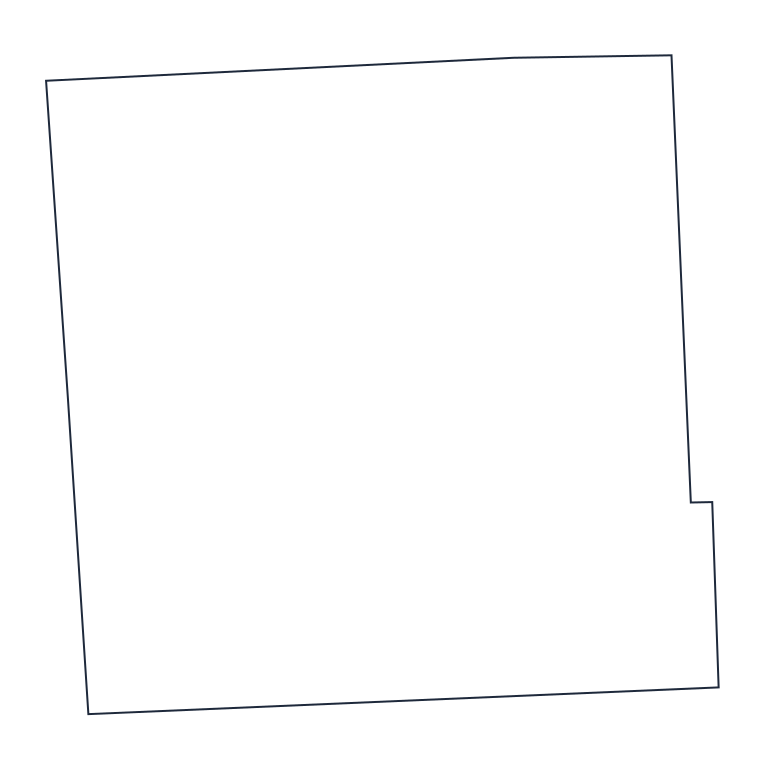 outline of Daviess, Missouri, United States of America, rotated 177°
{"feature_id": "52423323B47174682011417", "entity_name": "Daviess", "entity_type": "district", "adm_level": 2, "iso_a3": "USA", "parent_name": "United States of America", "parent_adm1": "Missouri", "projection": "orthographic", "projection_center": [-94.049, 39.961], "detail": "fine", "context": "isolated", "style": "outline", "palette": "slate", "viewbox_px": 768, "rotation_deg": 177, "n_neighbors": 0, "source": "geoboundaries", "source_scale": "gbopen_adm2", "svg_char_len": 266}
<svg xmlns="http://www.w3.org/2000/svg" viewBox="0 0 768 768"><g transform="rotate(177 384 384)"><path d="M65.7,63.5L62.4,248.9L83.8,249.6L79.7,697.2L237.5,703.0L705.6,704.5L700.4,385.8L696.5,69.8L65.7,63.5Z" fill="none" stroke="#1e293b" stroke-width="2"/></g></svg>